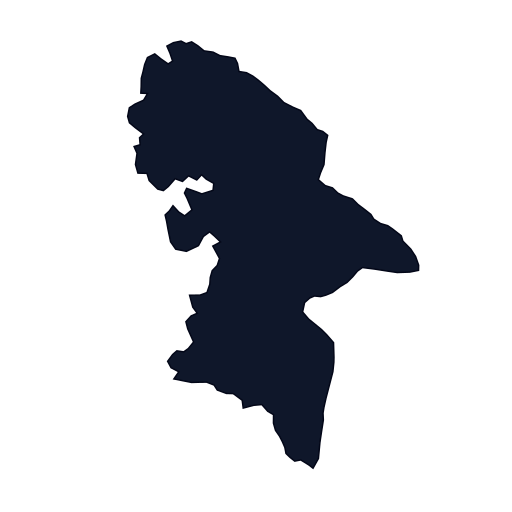 outline of Porto Amazonas, Paraná, Brazil, rotated 105°
{"feature_id": "56859067B80853054664555", "entity_name": "Porto Amazonas", "entity_type": "district", "adm_level": 2, "iso_a3": "BRA", "parent_name": "Brazil", "parent_adm1": "Paraná", "projection": "albers", "projection_center": [-49.893, -25.527], "detail": "fine", "context": "isolated", "style": "filled", "palette": "ink", "viewbox_px": 512, "rotation_deg": 105, "n_neighbors": 0, "source": "geoboundaries", "source_scale": "gbopen_adm2", "svg_char_len": 2387}
<svg xmlns="http://www.w3.org/2000/svg" viewBox="0 0 512 512"><g transform="rotate(105 256 256)"><path d="M446.2,146.0L435.5,143.3L419.5,146.0L408.2,147.3L397.0,148.5L390.4,150.6L384.7,151.2L375.1,151.6L347.8,151.8L338.5,153.3L333.6,154.5L319.6,158.7L313.8,167.3L310.1,173.7L303.3,188.8L298.0,196.5L288.4,197.0L282.8,193.3L279.5,189.2L278.5,183.1L275.8,178.5L271.4,172.7L263.9,166.9L257.9,161.2L251.0,157.2L244.3,154.1L239.6,150.2L237.9,137.8L236.6,125.6L235.4,115.3L231.7,103.2L227.8,95.3L222.8,96.5L215.2,101.7L209.3,108.3L203.6,118.0L198.9,120.9L194.6,131.0L192.6,136.6L192.4,144.2L189.9,151.8L186.1,155.8L183.0,163.0L179.8,170.9L175.9,177.6L175.4,187.4L174.0,193.3L170.4,199.8L170.1,207.4L166.1,215.6L158.9,215.2L150.1,214.0L138.1,216.2L128.0,217.7L120.9,218.0L118.4,223.8L118.1,229.6L113.4,236.2L110.7,242.1L103.9,250.5L102.7,259.0L100.6,268.8L96.1,276.5L92.7,285.2L89.1,291.9L85.5,299.5L83.1,305.5L81.4,312.6L82.2,320.2L74.8,323.7L70.4,327.5L70.9,334.4L71.8,342.7L70.2,350.2L71.3,359.3L68.0,366.6L65.8,373.6L69.0,378.5L67.8,384.0L71.3,391.0L76.3,396.4L82.5,391.5L89.3,387.0L93.2,390.6L90.2,398.9L87.0,406.1L92.4,412.2L99.8,413.1L107.7,412.8L114.0,412.8L122.3,410.7L128.5,409.4L127.1,402.8L134.6,404.9L140.6,412.2L145.6,416.7L154.4,416.1L160.1,412.7L163.3,405.8L167.2,396.1L171.9,399.1L178.5,396.7L181.8,402.1L187.6,397.5L198.8,396.1L206.5,391.5L204.4,382.7L210.8,378.7L216.8,368.2L216.8,362.4L211.6,358.7L202.3,354.1L203.0,346.3L196.0,341.9L197.9,332.9L191.6,329.6L194.6,324.0L196.8,315.6L203.7,314.5L210.0,324.4L209.4,330.4L208.6,340.5L213.7,341.4L218.2,337.4L228.0,329.8L235.7,335.3L233.5,342.0L228.9,349.2L235.0,351.4L239.9,354.4L245.5,351.4L253.2,347.8L264.4,342.2L270.2,335.3L269.5,324.4L260.9,314.3L250.8,311.9L244.7,307.1L247.5,301.3L251.6,293.9L257.6,300.3L267.8,290.6L275.2,291.0L281.5,294.5L288.6,294.6L295.2,293.3L304.0,293.9L308.3,300.0L311.1,310.0L321.8,303.8L326.5,297.9L330.6,303.1L337.6,306.7L344.0,303.1L355.2,294.0L362.9,297.4L367.3,301.0L368.1,307.9L372.7,311.0L380.6,314.1L385.9,309.1L387.8,300.6L396.0,303.5L394.8,285.5L392.7,278.5L390.6,271.1L391.5,263.1L395.5,258.7L396.4,249.0L394.8,242.4L398.9,232.0L406.2,229.0L400.8,219.6L398.0,211.9L403.0,204.4L404.7,198.0L412.9,195.9L419.4,192.0L423.9,186.7L428.5,182.5L433.4,178.6L439.0,175.9L441.7,171.0L444.1,165.5L441.4,160.0L444.1,151.0L446.2,146.0Z" fill="#0f172a" stroke="#020617" stroke-width="1.5"/></g></svg>